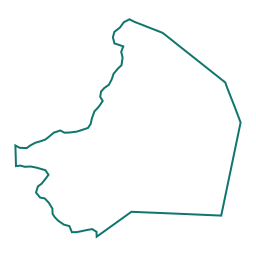 the district of São José do Bonfim, Paraíba, Brazil
{"feature_id": "56859067B5531543323181", "entity_name": "São José do Bonfim", "entity_type": "district", "adm_level": 2, "iso_a3": "BRA", "parent_name": "Brazil", "parent_adm1": "Paraíba", "projection": "orthographic", "projection_center": [-37.335, -7.141], "detail": "fine", "context": "isolated", "style": "outline", "palette": "teal", "viewbox_px": 256, "rotation_deg": 0, "n_neighbors": 0, "source": "geoboundaries", "source_scale": "gbopen_adm2", "svg_char_len": 970}
<svg xmlns="http://www.w3.org/2000/svg" viewBox="0 0 256 256"><path d="M225.3,82.5L162.7,32.9L134.1,21.7L129.5,19.3L123.8,22.2L119.9,27.6L114.4,31.8L112.9,37.3L114.4,43.4L118.7,44.8L123.3,46.4L121.2,51.8L122.6,57.7L121.5,65.2L118.0,68.5L113.6,73.7L111.7,79.4L108.9,84.8L104.3,88.0L101.1,91.5L100.2,96.7L102.7,101.0L98.8,106.7L94.4,111.4L91.9,118.4L90.6,124.1L87.9,128.0L82.1,129.9L76.8,131.6L69.8,132.5L64.5,132.7L60.3,130.5L53.7,132.7L48.9,136.8L45.4,139.5L41.0,141.1L35.5,142.7L30.2,145.5L26.7,148.1L19.7,147.8L15.4,145.5L16.0,166.1L20.4,165.6L24.8,166.8L30.8,166.5L37.1,167.8L45.4,170.2L48.5,174.8L45.4,179.0L41.5,183.8L37.9,186.4L36.0,192.5L40.1,197.6L44.7,198.4L48.7,202.6L52.4,208.6L52.6,213.9L55.0,217.5L58.4,220.9L64.0,224.7L69.4,226.1L71.9,232.2L76.7,232.1L81.4,231.2L87.0,230.0L92.2,229.1L96.5,231.8L96.7,236.7L131.4,211.8L184.5,214.0L221.2,215.6L223.0,207.0L240.6,122.5L234.9,107.4L226.9,87.1L225.3,82.5Z" fill="none" stroke="#0f766e" stroke-width="2"/></svg>